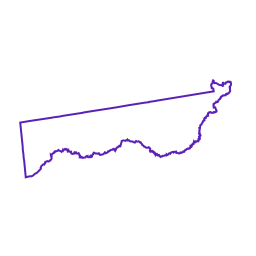 outline of Poptún, Petén, Guatemala, rotated 171°
{"feature_id": "79465075B98225728966625", "entity_name": "Poptún", "entity_type": "district", "adm_level": 2, "iso_a3": "GTM", "parent_name": "Guatemala", "parent_adm1": "Petén", "projection": "robinson", "projection_center": [-89.691, 16.335], "detail": "fine", "context": "isolated", "style": "outline", "palette": "violet", "viewbox_px": 256, "rotation_deg": 171, "n_neighbors": 0, "source": "geoboundaries", "source_scale": "gbopen_adm2", "svg_char_len": 5793}
<svg xmlns="http://www.w3.org/2000/svg" viewBox="0 0 256 256"><g transform="rotate(171 128 128)"><path d="M108.8,101.0L108.7,101.2L108.3,101.5L107.6,101.1L107.2,101.4L106.8,100.9L106.8,100.7L106.4,100.4L106.8,100.1L106.2,99.7L106.1,99.2L105.4,99.0L105.5,98.7L105.9,98.6L105.6,98.1L105.4,98.2L105.1,98.6L104.9,98.5L104.9,97.4L104.4,98.0L104.2,98.0L104.0,97.8L104.3,97.3L103.9,97.0L103.6,97.3L103.4,96.9L103.3,97.0L103.2,96.4L102.4,96.2L102.1,96.6L101.5,96.5L101.3,96.1L101.5,95.6L100.4,94.3L99.9,94.7L98.7,94.6L98.5,95.0L97.9,95.1L96.5,94.9L95.6,95.3L94.4,94.9L94.0,96.0L93.4,95.3L93.0,95.2L91.6,96.3L91.0,96.4L90.4,95.9L90.2,96.1L90.5,96.6L89.6,96.7L89.2,97.1L88.5,97.3L87.6,97.3L87.0,96.7L86.6,97.2L86.0,97.0L85.5,97.3L84.7,97.0L84.3,97.1L84.3,95.9L83.9,95.8L83.7,96.1L81.5,94.8L80.2,95.1L80.1,95.6L79.4,95.6L79.2,95.1L77.9,95.4L77.4,95.6L77.2,96.1L76.9,96.2L76.9,95.8L76.2,95.7L74.7,97.5L73.9,97.4L73.3,98.0L73.0,97.9L72.0,98.4L71.5,98.0L70.9,98.3L70.5,98.1L70.0,98.2L69.5,99.6L69.0,99.5L69.2,100.3L69.0,100.9L68.5,100.9L67.9,100.1L67.5,100.7L67.8,101.0L67.7,101.2L67.1,101.6L66.9,102.0L65.9,101.9L65.9,102.7L65.5,103.1L65.2,103.8L65.1,103.4L64.6,103.2L64.3,103.9L64.2,104.0L63.8,103.4L63.6,103.4L62.9,104.2L62.5,103.9L61.7,104.2L60.9,103.8L60.7,104.0L60.8,104.3L60.2,104.5L60.3,105.9L60.0,106.0L59.6,105.5L58.9,105.9L59.0,106.3L59.5,106.1L59.4,106.8L58.6,107.0L58.7,107.4L58.9,107.3L59.1,107.5L58.9,107.7L59.1,108.4L58.8,108.5L58.8,108.1L58.6,108.1L58.4,108.5L58.5,109.0L58.3,109.3L58.0,109.6L57.6,109.5L57.7,110.3L58.1,110.2L58.5,110.6L58.3,111.0L58.7,111.7L58.0,112.5L58.1,113.4L57.8,113.9L58.0,114.3L57.3,115.4L57.6,116.7L57.2,116.7L57.1,116.2L56.1,119.5L55.0,119.8L54.7,120.2L54.5,120.9L53.3,121.9L52.9,122.9L52.3,123.5L51.9,123.4L51.3,123.5L51.1,124.2L51.3,124.7L51.2,125.3L50.9,125.8L50.5,126.1L49.6,125.8L49.0,127.1L48.0,127.3L47.5,128.4L47.2,128.5L46.9,128.2L46.7,130.0L45.9,130.1L45.6,130.6L45.4,130.8L44.8,130.6L44.4,130.9L43.9,130.8L43.6,130.2L42.7,129.8L41.5,129.9L41.0,129.6L40.6,129.9L40.8,130.3L40.7,130.4L39.2,129.9L38.1,130.4L38.2,130.7L37.8,131.5L38.2,131.9L38.6,134.7L39.0,134.9L40.1,134.8L40.0,135.7L40.2,136.3L39.8,136.8L39.7,137.7L39.9,138.1L39.7,138.5L38.5,138.8L38.2,139.1L37.5,139.2L37.3,139.5L36.5,139.6L36.5,140.1L35.8,139.9L35.7,139.6L35.4,139.6L35.0,140.4L34.5,140.7L34.3,141.3L33.4,142.0L32.7,142.1L32.4,142.8L31.8,143.0L31.7,143.7L31.3,144.3L30.9,144.3L30.3,144.8L29.7,144.7L29.0,145.4L28.6,145.2L27.9,145.2L26.6,145.0L26.1,146.1L25.5,146.2L25.0,145.8L24.6,145.9L24.4,146.5L23.8,146.3L22.4,147.1L21.8,148.2L21.4,148.3L21.2,150.2L21.3,150.9L21.0,151.5L20.9,152.2L21.2,152.4L21.1,152.9L20.2,153.6L19.5,154.6L19.3,155.7L19.5,157.5L20.2,157.5L20.5,157.8L21.0,157.5L21.9,158.3L23.0,157.7L23.9,157.8L24.7,156.6L25.3,156.4L26.9,157.8L27.3,157.8L27.5,157.3L27.4,154.9L28.0,154.8L28.5,155.8L29.5,155.7L31.0,156.2L33.0,157.9L34.0,158.6L34.7,158.8L35.4,158.7L36.0,159.9L35.9,161.1L36.5,161.7L36.8,161.3L36.8,160.8L37.2,160.5L37.4,159.1L37.8,158.7L38.6,158.5L39.2,157.3L39.2,156.3L39.0,156.0L39.1,154.3L38.9,154.1L38.2,154.1L37.6,153.5L37.5,153.1L37.8,151.9L37.6,151.4L37.6,150.8L95.4,150.5L97.0,150.4L103.3,150.5L103.5,150.2L107.1,150.4L124.7,150.4L136.8,150.2L169.3,150.3L169.6,150.1L190.4,150.2L193.7,150.0L199.9,150.2L201.9,150.1L223.6,150.3L233.6,150.2L234.9,126.6L235.3,123.1L235.4,118.3L235.7,115.0L235.7,111.6L236.7,95.3L232.5,95.7L230.9,95.4L229.2,95.9L226.6,97.6L225.4,97.7L220.6,101.2L220.4,101.5L220.5,102.4L220.0,103.0L219.7,103.7L219.4,104.1L218.8,104.4L217.8,105.2L217.0,105.4L216.5,105.0L215.7,106.0L215.3,106.1L215.2,107.3L213.4,107.8L212.8,107.9L212.4,107.5L211.5,107.3L210.9,107.7L210.3,107.9L210.2,108.2L209.6,108.3L208.8,109.0L208.2,109.8L208.2,110.6L208.3,110.9L207.9,111.8L208.5,112.6L208.4,113.6L208.1,113.2L207.7,113.1L206.8,114.4L205.9,114.6L205.4,115.2L205.0,115.0L204.6,115.2L204.5,115.7L203.7,115.9L203.5,116.5L202.6,116.2L201.4,116.4L200.2,117.2L199.6,116.4L197.8,115.5L197.4,114.9L196.6,115.5L196.1,115.3L195.5,116.8L195.0,116.2L193.5,117.2L192.9,116.5L192.3,116.8L191.8,116.0L190.7,116.2L190.4,116.1L190.4,115.7L191.2,114.5L191.2,114.1L189.6,114.2L188.9,113.4L188.0,113.5L188.0,111.9L187.6,111.4L186.7,111.0L186.1,111.1L185.8,111.4L185.0,111.1L184.6,111.2L184.5,112.4L184.3,112.5L183.8,112.2L183.1,112.0L183.2,111.4L183.1,111.0L182.2,110.6L180.7,110.9L180.2,109.8L180.3,108.7L180.2,108.1L179.6,108.0L179.6,107.1L180.1,107.0L180.2,106.6L179.7,106.6L179.3,106.2L178.9,106.1L178.1,106.6L177.2,105.5L175.9,105.7L174.9,105.5L174.0,106.2L173.7,106.6L173.4,106.7L173.0,106.3L172.3,106.6L172.3,105.8L172.1,105.4L169.2,105.0L169.0,105.4L169.5,106.1L169.5,106.5L169.2,106.6L168.7,105.6L168.0,105.5L167.8,106.5L166.6,107.4L166.5,108.1L166.0,108.4L165.7,109.0L165.4,109.0L164.0,107.8L162.9,107.8L162.3,107.4L161.3,107.2L160.7,107.6L160.4,107.3L160.0,105.9L159.0,105.7L158.3,105.9L157.2,105.8L155.5,106.6L154.7,107.6L154.3,107.4L154.1,106.6L152.1,107.0L151.8,107.3L151.4,108.0L151.1,108.2L150.5,108.1L150.4,107.9L149.9,108.0L149.4,108.7L147.5,109.1L146.5,109.0L146.0,109.6L145.3,109.7L144.6,108.1L144.2,108.6L143.7,108.4L143.7,108.1L143.3,108.6L143.3,109.3L141.8,110.6L141.1,110.5L139.8,111.6L139.2,111.6L138.9,111.0L138.5,111.0L138.2,111.3L138.1,112.4L137.4,113.2L137.2,113.9L136.3,115.6L136.3,116.1L135.4,116.4L134.3,116.4L132.4,115.7L131.9,116.2L131.2,116.1L130.4,116.7L130.1,115.7L129.1,115.8L128.7,115.4L128.4,114.7L127.0,114.2L125.5,114.0L125.0,113.2L124.3,113.0L123.6,112.5L123.2,112.6L122.5,113.6L122.1,113.9L121.3,113.2L119.4,113.1L119.0,112.8L118.6,112.0L117.9,112.0L117.6,111.8L117.4,110.8L116.7,109.9L116.6,109.0L115.6,108.3L114.9,106.9L114.0,106.7L113.2,105.7L111.4,105.4L110.7,105.8L110.1,105.4L110.1,105.1L109.3,104.2L109.4,103.2L109.9,102.5L109.8,101.2L109.6,101.0L108.8,101.0Z" fill="none" stroke="#5b21b6" stroke-width="2"/></g></svg>